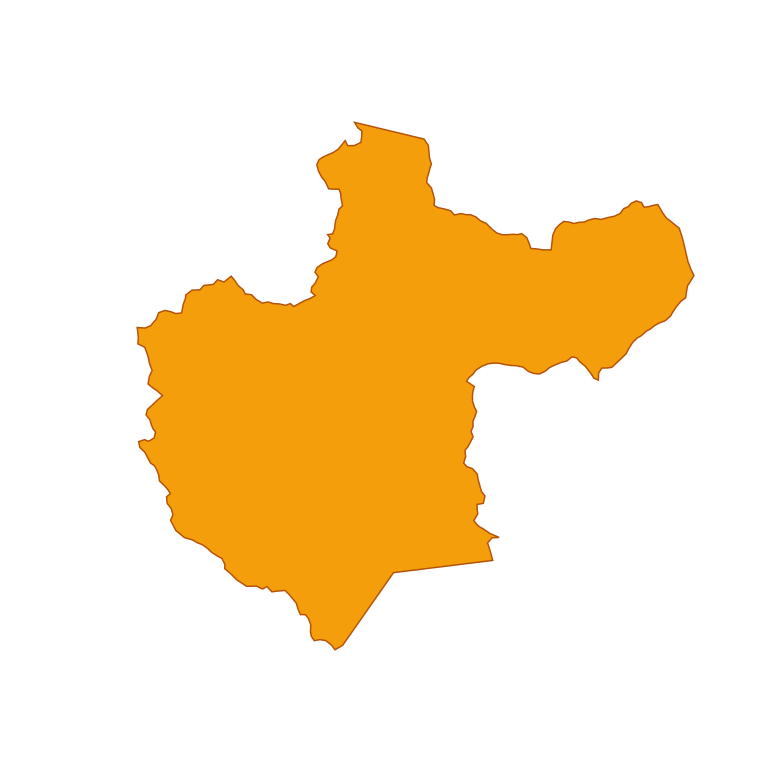 Catunda, Ceará, Brazil, rotated 21°
{"feature_id": "56859067B3960254179000", "entity_name": "Catunda", "entity_type": "district", "adm_level": 2, "iso_a3": "BRA", "parent_name": "Brazil", "parent_adm1": "Ceará", "projection": "mercator", "projection_center": [-40.173, -4.631], "detail": "fine", "context": "isolated", "style": "filled", "palette": "amber", "viewbox_px": 768, "rotation_deg": 21, "n_neighbors": 0, "source": "geoboundaries", "source_scale": "gbopen_adm2", "svg_char_len": 4046}
<svg xmlns="http://www.w3.org/2000/svg" viewBox="0 0 768 768"><g transform="rotate(21 384 384)"><path d="M548.7,509.7L542.4,501.1L537.6,495.2L540.1,488.8L546.5,486.0L536.6,485.6L529.0,483.8L523.5,483.0L516.8,479.5L518.1,471.6L516.0,467.9L514.0,463.1L519.5,459.8L518.4,452.4L513.5,449.4L505.9,439.2L503.3,434.7L496.9,431.3L491.0,431.5L486.7,429.2L486.2,422.4L483.4,416.9L484.8,412.6L485.5,407.1L486.1,401.5L482.2,396.9L482.4,391.8L480.4,386.9L480.6,381.6L480.2,376.3L476.5,372.9L472.8,368.3L470.6,362.7L469.5,358.4L469.3,354.1L465.1,353.0L460.2,352.0L461.0,347.4L463.5,343.1L464.7,338.4L468.8,332.6L473.5,328.1L478.8,325.2L484.0,323.4L490.1,322.5L495.9,321.2L501.3,319.4L507.8,318.4L514.4,320.5L519.8,320.5L525.7,318.9L529.9,314.2L532.7,309.3L536.2,305.6L541.8,300.3L546.6,296.8L549.8,291.2L554.5,290.6L558.9,293.1L565.3,295.2L569.3,297.5L573.0,299.8L578.1,303.4L582.7,303.5L580.4,296.6L581.7,291.1L586.9,288.9L590.7,286.8L593.1,281.9L596.1,275.7L599.1,269.2L599.8,263.2L601.2,256.2L603.8,250.4L607.0,246.5L609.8,240.9L613.0,237.1L615.8,232.3L619.2,228.3L623.9,224.1L627.2,217.7L627.8,213.3L629.1,207.7L631.5,200.4L634.7,195.4L633.4,190.0L632.2,183.5L633.4,177.7L634.5,171.7L629.4,166.9L623.9,160.8L620.6,155.9L616.7,150.1L612.6,144.1L608.9,139.0L603.7,132.7L597.8,130.9L592.9,129.2L588.3,127.9L583.0,124.5L575.3,118.3L571.1,120.9L567.5,123.6L563.5,125.8L559.3,122.3L553.9,122.7L550.1,126.6L548.2,131.3L545.0,134.3L543.3,140.2L539.0,144.8L533.6,148.2L527.8,152.5L521.4,154.0L516.2,157.7L512.8,161.1L507.9,163.3L503.8,166.1L499.2,166.4L493.6,167.8L490.8,172.2L488.5,177.5L488.3,184.7L492.0,198.9L484.0,201.9L477.4,203.3L472.5,204.9L469.5,201.1L464.7,196.1L458.6,194.3L454.9,196.8L450.8,198.0L445.7,200.4L440.9,202.3L435.0,202.6L429.2,200.7L422.1,197.5L415.2,197.0L410.3,195.2L404.5,194.9L399.9,196.5L394.3,197.5L389.2,201.0L384.1,198.4L378.1,198.9L371.1,200.0L366.7,199.3L365.1,193.7L361.9,189.1L358.0,184.0L351.7,180.7L350.5,176.1L350.1,170.7L349.6,166.3L349.4,161.7L345.3,156.4L342.7,151.0L339.9,145.4L333.6,141.0L262.8,150.3L267.9,154.3L272.6,155.7L274.4,160.5L275.8,166.8L270.8,172.1L264.7,174.5L260.5,170.7L258.7,176.5L257.1,181.2L253.7,186.0L249.9,189.7L246.0,193.7L243.0,197.7L242.7,203.3L246.6,208.8L251.8,213.3L256.8,216.2L262.4,221.6L267.0,220.2L272.1,218.3L275.1,221.4L277.5,226.2L281.4,232.5L279.3,237.1L280.2,242.5L280.3,249.0L282.3,257.1L282.2,262.3L277.9,264.7L281.4,267.1L281.2,273.1L284.9,276.2L292.5,276.6L293.4,282.4L290.8,286.8L283.5,293.8L279.8,299.2L279.5,304.3L284.3,307.5L283.5,315.1L281.8,319.6L283.0,324.2L288.1,326.1L284.3,330.7L279.5,335.1L272.0,344.0L267.7,342.5L264.0,345.8L257.8,346.7L251.8,348.6L246.2,349.0L241.6,352.1L234.4,350.9L228.4,348.1L222.2,349.6L218.7,346.5L212.6,344.4L207.0,340.5L202.7,338.1L198.1,346.1L191.3,346.3L189.1,352.0L184.8,354.4L180.5,356.5L178.4,362.1L171.2,365.1L167.1,371.8L168.0,375.8L168.0,381.6L169.6,390.2L164.3,392.9L159.0,392.9L153.2,393.8L148.1,398.1L148.1,405.2L145.3,413.1L140.9,417.4L133.3,419.7L135.6,423.9L138.1,428.9L139.8,434.7L147.4,435.4L151.6,440.1L154.7,444.0L157.6,448.7L162.7,454.5L162.2,460.8L163.7,468.5L169.9,470.6L174.2,471.5L181.4,474.2L178.4,480.0L175.6,485.8L172.3,492.5L172.9,498.1L178.4,501.4L180.9,504.8L184.4,508.6L187.9,510.7L188.8,516.7L184.8,521.8L180.4,521.8L175.6,525.7L178.9,530.8L185.1,533.4L190.4,538.0L194.6,541.6L198.9,542.5L202.4,545.3L206.4,549.9L209.2,555.0L216.3,558.0L220.5,560.4L223.8,562.9L221.4,567.3L224.4,573.2L230.0,576.6L233.9,581.8L233.6,587.7L238.8,592.4L242.3,595.4L246.7,596.9L252.7,598.9L260.5,598.2L266.8,599.1L272.0,599.1L277.6,600.5L283.4,602.9L290.0,604.3L295.3,605.0L300.1,609.4L301.5,613.5L306.6,615.2L311.7,617.3L316.1,619.4L321.4,620.6L328.3,622.1L337.3,618.4L344.1,618.9L347.3,615.1L353.8,618.2L358.6,615.6L365.6,612.2L371.3,614.7L375.3,617.0L380.6,620.0L384.6,625.2L388.6,629.2L393.3,627.5L397.3,629.8L402.0,635.1L404.2,641.9L406.8,645.8L410.9,648.6L415.8,645.6L421.6,644.4L428.8,646.7L433.5,649.7L439.1,642.6L440.6,636.3L442.2,630.1L460.5,556.7L548.7,509.7Z" fill="#f59e0b" stroke="#b45309" stroke-width="1.5"/></g></svg>